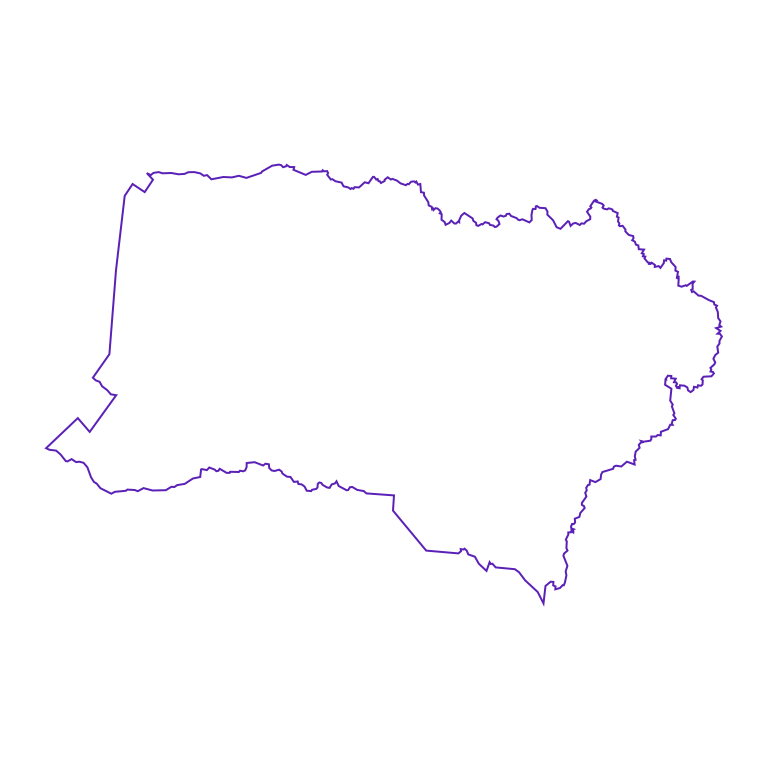 Mareeba, Queensland, Australia
{"feature_id": "25037944B55743987265110", "entity_name": "Mareeba", "entity_type": "district", "adm_level": 2, "iso_a3": "AUS", "parent_name": "Australia", "parent_adm1": "Queensland", "projection": "albers", "projection_center": [144.699, -17.129], "detail": "fine", "context": "isolated", "style": "outline", "palette": "violet", "viewbox_px": 768, "rotation_deg": 0, "n_neighbors": 0, "source": "geoboundaries", "source_scale": "gbopen_adm2", "svg_char_len": 6108}
<svg xmlns="http://www.w3.org/2000/svg" viewBox="0 0 768 768"><path d="M713.9,302.1L708.9,300.1L701.1,295.8L698.5,295.6L693.6,291.3L692.0,292.0L691.2,289.9L692.7,289.0L692.6,283.7L694.3,281.6L692.9,281.5L686.7,285.9L685.8,285.2L681.6,286.7L678.3,285.6L678.7,278.9L676.1,277.5L678.6,277.7L678.7,276.6L677.2,276.0L678.0,271.8L675.4,270.6L675.6,267.0L671.2,262.1L670.0,259.0L666.4,258.6L666.2,260.6L664.1,260.3L663.8,263.1L660.4,267.9L658.7,266.1L654.8,266.9L654.9,264.9L651.6,262.7L650.4,264.0L649.0,263.9L649.3,262.7L647.9,262.5L644.5,258.5L645.3,256.6L642.9,256.3L643.8,254.1L641.8,253.3L644.0,249.6L638.8,249.2L638.3,245.4L636.0,244.7L634.8,241.6L632.2,240.2L633.5,238.3L633.2,236.1L628.7,234.9L625.3,231.3L625.5,229.6L622.6,225.8L619.8,226.2L618.9,225.3L619.4,223.6L618.0,221.3L618.6,217.5L616.9,216.7L617.7,213.1L612.8,210.9L612.5,209.6L610.4,208.7L608.6,208.4L607.1,209.4L603.6,208.6L602.5,207.6L603.7,205.5L602.3,203.9L595.7,201.5L596.8,200.6L595.8,199.8L594.0,200.7L590.3,206.3L591.4,207.5L590.7,208.5L589.1,209.0L587.0,211.7L590.3,216.6L590.2,219.2L586.2,221.3L584.1,223.7L581.4,223.4L579.8,225.0L575.6,222.9L573.0,223.6L570.6,225.9L569.0,221.7L567.9,221.2L560.5,228.8L556.6,227.2L553.1,220.3L547.3,214.6L547.5,211.6L545.5,208.2L539.6,207.8L536.8,206.0L535.9,206.3L535.5,209.0L533.0,208.9L532.5,209.7L531.5,214.8L531.7,220.1L529.4,222.4L522.4,219.3L519.4,220.2L518.0,219.6L516.6,218.1L511.1,216.0L509.3,213.7L506.6,214.1L505.8,215.8L503.5,216.5L500.4,215.5L497.5,217.7L496.5,219.2L498.3,220.6L499.5,224.0L496.5,226.7L494.7,227.0L493.5,225.6L490.0,224.9L489.0,223.2L485.1,222.2L482.6,224.4L481.5,224.0L478.2,225.9L476.4,225.2L476.0,222.8L473.3,220.8L472.7,218.5L464.4,213.0L461.3,215.6L459.2,220.1L459.2,222.1L458.3,221.4L456.1,223.5L454.4,223.5L451.2,220.6L449.3,223.0L445.6,224.8L444.6,222.0L441.5,219.7L441.7,214.2L439.8,213.3L440.8,212.3L439.9,210.7L437.7,208.6L435.4,208.2L433.5,210.0L433.1,208.6L432.1,209.2L431.8,206.9L428.7,205.4L428.3,202.2L424.1,195.5L423.9,192.7L421.0,192.2L420.3,184.0L418.0,184.6L416.3,181.6L415.5,182.5L414.2,181.4L411.1,181.7L408.8,184.2L407.5,183.9L405.9,185.2L400.6,183.4L396.8,180.5L392.3,178.9L390.9,179.5L387.7,177.3L384.7,179.7L384.6,181.0L380.9,183.0L379.9,181.3L378.5,181.2L377.6,179.0L376.3,179.6L374.1,176.9L372.9,176.9L368.5,183.2L364.7,182.3L359.1,187.4L354.5,187.2L353.5,188.8L351.7,188.1L350.5,189.0L348.2,187.4L343.5,186.3L341.6,182.6L335.3,181.2L332.5,179.2L330.8,179.5L327.2,174.8L328.1,173.0L327.1,171.1L323.9,171.3L322.7,170.3L322.1,171.5L311.8,171.8L305.7,174.9L293.5,169.8L294.2,167.1L289.7,167.0L286.7,165.0L286.0,166.3L283.1,167.2L281.1,165.1L278.8,164.6L272.1,165.7L262.0,171.5L261.1,172.9L246.4,177.9L238.9,175.8L231.9,177.4L223.3,177.0L211.4,179.3L207.1,175.1L203.8,175.8L200.3,173.4L194.4,172.1L188.4,172.2L184.5,173.9L178.6,174.3L171.3,173.0L162.6,173.3L158.7,172.1L153.5,172.9L150.7,175.1L146.8,173.1L153.0,179.7L144.7,192.1L132.6,184.0L124.7,195.9L116.0,270.2L109.4,354.2L92.9,377.7L95.8,380.4L99.6,381.8L102.1,386.3L107.3,390.2L110.8,394.3L116.2,395.2L89.7,431.9L77.8,418.1L46.1,448.2L49.5,449.8L56.1,450.6L60.6,454.5L65.8,461.1L67.5,461.4L71.6,459.1L76.1,462.1L79.2,461.7L83.6,462.8L87.4,467.3L91.0,477.2L93.9,481.9L96.8,483.7L100.4,488.2L111.3,493.7L114.9,491.8L125.8,490.8L127.4,489.6L134.7,490.0L137.8,491.2L143.5,488.1L152.6,490.5L165.8,490.2L171.4,486.8L174.4,487.0L177.2,485.1L184.7,483.9L192.9,478.5L200.2,477.0L201.1,469.4L201.9,469.1L206.9,470.1L209.3,467.5L214.9,469.7L216.3,471.2L218.4,470.8L219.7,468.8L226.7,472.9L229.7,472.9L230.1,471.8L238.8,472.0L240.0,470.7L243.2,471.3L245.2,470.4L246.6,467.1L246.7,463.0L254.7,462.2L263.1,465.5L265.5,463.7L268.9,464.3L269.2,467.9L271.6,470.4L274.4,471.0L279.2,469.7L281.7,471.6L282.5,473.6L286.9,476.6L290.5,477.0L293.9,481.9L297.7,481.5L298.4,484.0L301.7,484.4L304.6,486.6L306.7,490.7L311.2,491.1L312.0,489.8L316.3,488.9L317.5,487.4L317.8,483.8L319.3,482.5L321.4,483.0L322.5,484.8L326.9,487.4L329.6,487.9L331.7,484.4L335.0,483.4L336.5,481.3L338.7,486.0L346.7,490.3L348.2,490.0L350.0,487.2L352.3,487.0L357.2,489.9L363.8,491.1L366.4,493.4L394.0,495.4L393.0,510.6L426.2,550.6L458.4,553.4L461.0,551.2L460.7,549.1L463.7,549.5L464.5,548.7L466.6,550.4L468.3,554.4L474.9,556.7L478.8,563.7L486.5,570.9L489.6,562.2L490.7,564.0L492.4,563.7L495.7,567.4L514.9,569.2L519.1,572.3L525.1,580.3L537.7,592.0L543.5,603.4L545.5,585.9L550.7,581.7L553.4,581.9L553.2,585.4L555.5,586.4L555.3,589.3L560.0,588.0L562.7,585.1L563.8,585.3L564.9,582.6L566.4,575.4L565.7,571.4L567.4,565.8L563.4,555.7L564.1,553.5L567.5,550.6L566.4,548.1L566.8,541.4L565.8,539.7L568.3,534.6L568.3,532.4L570.8,532.3L571.2,531.3L573.3,532.5L573.4,531.0L572.0,529.8L573.5,529.2L571.4,528.4L571.0,526.6L572.0,524.0L573.7,524.1L575.1,522.5L574.8,518.7L579.4,516.9L580.3,513.0L584.7,508.0L583.9,506.0L581.9,504.9L581.9,502.9L586.4,496.5L585.2,492.8L586.7,490.5L586.2,487.8L587.9,485.1L589.5,484.7L590.2,480.1L595.4,482.1L600.6,479.1L601.1,474.6L602.5,472.0L613.1,468.8L613.9,466.6L616.0,465.7L621.3,466.5L626.9,461.7L634.6,464.5L634.1,460.1L635.6,459.8L634.8,456.4L635.7,451.6L639.6,447.8L638.8,444.9L640.7,442.7L642.3,442.3L641.3,441.1L643.7,441.7L650.3,440.7L651.3,439.2L651.3,436.5L656.0,436.5L657.7,435.0L660.7,435.4L660.9,431.8L668.1,429.1L670.2,424.8L672.6,424.8L671.8,423.5L672.7,420.2L675.2,419.9L675.8,418.7L673.3,415.0L674.4,413.3L671.9,406.5L672.7,404.6L670.2,400.6L671.4,388.7L665.1,384.8L665.5,379.5L666.2,379.6L666.0,378.5L667.9,375.7L671.3,376.0L671.1,378.3L675.7,378.7L674.0,382.2L676.2,382.4L677.0,383.9L675.9,385.7L677.1,387.9L679.3,388.2L678.8,387.0L679.7,387.1L680.0,385.3L684.4,385.7L687.3,387.4L688.1,390.4L690.6,392.1L693.4,390.1L694.0,386.8L697.4,387.5L698.0,385.3L701.0,385.8L702.5,384.5L702.8,380.4L701.6,379.2L703.6,376.7L711.4,376.3L713.9,373.5L713.0,372.0L710.5,371.5L711.3,369.7L710.4,367.9L714.4,364.3L715.2,362.3L713.4,358.8L715.3,355.0L718.2,352.7L717.3,346.6L719.5,343.5L719.4,341.1L721.9,336.4L719.9,333.8L717.6,333.7L720.5,330.9L716.2,328.1L721.1,326.6L719.3,325.1L720.5,321.4L718.2,318.1L717.8,311.9L715.9,307.5L717.0,305.7L714.3,304.5L713.9,302.1Z" fill="none" stroke="#5b21b6" stroke-width="2"/></svg>